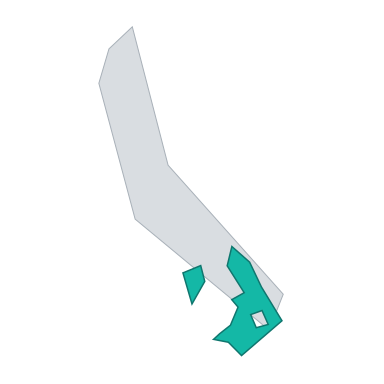 Saint George's highlighted on a map of Bermuda, rotated 99°
{"feature_id": "BMU-5140", "entity_name": "Saint George's", "entity_type": "state/province", "adm_level": 1, "iso_a3": "BMU", "parent_name": "Bermuda", "parent_adm1": "", "projection": "orthographic", "projection_center": [-64.685, 32.358], "detail": "fine", "context": "in_parent", "style": "filled", "palette": "teal", "viewbox_px": 384, "rotation_deg": 99, "n_neighbors": 0, "source": "natural_earth", "source_scale": "10m", "svg_char_len": 611}
<svg xmlns="http://www.w3.org/2000/svg" viewBox="0 0 384 384"><g transform="rotate(99 192 192)"><path d="M227.7,243.9L99.2,301.0L63.6,296.4L38.2,276.8L169.3,219.8L278.7,85.9L316.3,94.3L227.7,243.9Z" fill="#d9dde1" stroke="#a8b0b8" stroke-width="1"/><path d="M239.6,144.1L252.3,124.1L274.9,108.6L305.1,83.0L345.8,117.5L334.7,132.6L334.2,147.7L327.5,142.4L317.6,133.2L298.5,128.5L292.1,135.9L283.3,124.7L259.4,145.7L239.6,144.1ZM303.9,114.9L316.0,107.3L310.9,96.0L298.1,104.3L303.9,114.9ZM278.3,165.4L302.6,174.5L273.3,188.3L263.3,171.9L278.3,165.4Z" fill="#14b8a6" stroke="#0f766e" stroke-width="1.5"/></g></svg>